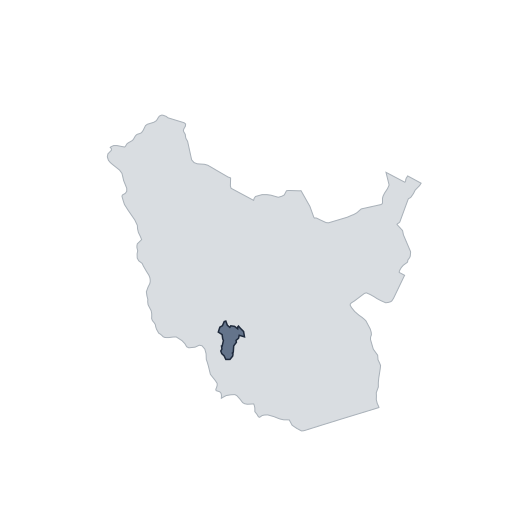 location of Mundri West, Western Equatoria, South Sudan, rotated 28°
{"feature_id": "79223893B75409904988016", "entity_name": "Mundri West", "entity_type": "district", "adm_level": 2, "iso_a3": "SSD", "parent_name": "South Sudan", "parent_adm1": "Western Equatoria", "projection": "albers", "projection_center": [30.244, 5.152], "detail": "fine", "context": "in_parent", "style": "filled", "palette": "slate", "viewbox_px": 512, "rotation_deg": 28, "n_neighbors": 0, "source": "geoboundaries", "source_scale": "gbopen_adm2", "svg_char_len": 4237}
<svg xmlns="http://www.w3.org/2000/svg" viewBox="0 0 512 512"><g transform="rotate(28 256 256)"><path d="M394.1,373.8L380.9,387.2L380.0,388.0L378.3,389.1L373.0,389.1L367.4,388.5L362.3,385.1L357.2,387.7L353.9,388.6L351.9,388.9L347.3,389.4L340.9,390.8L337.9,392.6L336.3,394.0L335.0,396.6L334.4,396.9L333.2,396.6L331.5,395.5L328.1,394.0L326.3,390.7L324.7,388.8L323.4,387.7L317.9,391.0L315.2,391.8L313.0,391.7L309.1,389.9L304.7,388.3L302.4,388.3L299.0,390.3L295.2,393.2L293.2,396.2L292.2,397.9L290.9,395.2L289.6,393.6L287.7,392.9L284.0,393.6L283.1,392.6L282.9,390.4L282.4,388.3L281.5,386.7L278.6,385.1L271.3,381.9L265.7,375.6L262.8,372.6L260.7,370.7L257.8,365.7L254.5,362.2L250.4,360.6L247.8,361.4L245.0,365.1L239.8,368.6L237.4,368.7L234.4,366.8L230.5,365.5L223.6,364.9L220.8,366.5L217.1,369.1L213.9,370.7L212.0,370.9L210.1,370.3L208.1,369.9L206.3,369.8L202.6,367.4L200.7,365.6L199.4,363.9L197.4,362.7L194.9,361.7L193.2,360.2L192.3,358.3L191.0,355.9L189.2,353.6L183.6,349.7L181.9,347.3L180.8,345.0L178.5,342.5L176.0,339.1L175.3,334.2L175.2,330.3L174.7,328.4L173.7,326.6L172.5,325.0L170.5,323.3L166.0,320.7L161.2,317.7L159.0,316.0L154.7,315.3L152.1,313.6L150.0,309.9L149.1,306.9L147.0,304.6L146.1,303.0L145.5,301.0L147.3,295.2L144.8,293.1L141.1,290.4L138.5,287.4L136.9,284.7L132.1,281.1L121.7,275.7L115.7,272.3L112.5,269.2L109.6,266.2L109.4,264.9L111.2,262.0L111.5,259.5L110.0,256.8L103.8,251.6L98.9,246.0L95.2,244.2L86.1,242.5L83.5,241.9L80.8,240.8L78.2,238.3L77.3,235.3L78.7,230.5L77.8,229.0L76.3,228.6L76.7,227.6L78.5,225.3L81.3,223.8L88.8,221.5L89.2,220.6L89.4,217.6L90.0,216.2L92.6,212.1L93.0,210.4L93.1,206.9L93.5,205.2L94.2,204.1L96.3,202.0L97.0,200.8L97.4,198.1L97.2,192.8L98.2,190.7L103.0,185.9L104.3,183.7L104.7,181.8L104.7,179.8L105.0,177.9L106.4,176.0L107.6,175.4L111.1,174.9L113.4,175.3L129.9,172.1L131.9,172.5L132.7,174.5L132.6,177.6L132.9,179.2L133.8,180.2L136.4,181.8L138.2,184.3L139.1,185.2L141.8,186.9L154.0,201.3L157.4,202.6L160.8,202.2L167.5,199.2L170.8,198.5L194.2,199.4L196.8,199.0L197.0,199.1L200.5,206.2L202.2,207.9L227.8,208.0L227.3,206.0L227.6,203.7L232.2,199.3L232.8,198.8L236.8,196.7L240.6,195.3L248.1,193.7L250.8,191.1L252.3,188.8L252.3,184.1L253.3,183.3L255.1,182.3L263.7,178.1L265.1,177.2L280.3,186.9L288.8,194.6L289.3,194.9L289.8,195.1L290.2,194.8L290.6,194.5L291.6,194.1L295.3,194.0L302.2,193.6L304.4,192.7L318.3,179.0L321.8,174.6L322.7,173.7L324.7,170.6L326.7,165.3L327.2,164.7L342.3,151.8L342.8,150.8L342.9,150.0L340.6,145.7L340.1,143.5L340.0,140.1L340.5,134.9L340.3,131.6L340.1,130.7L331.5,121.1L352.8,121.0L352.9,119.8L352.8,119.4L352.4,118.3L352.1,116.8L352.2,116.0L352.3,115.2L352.3,114.8L352.2,114.4L352.2,114.2L352.3,114.1L367.6,114.2L367.4,116.9L365.6,123.1L365.7,126.9L365.2,131.2L364.7,132.4L363.9,133.5L363.7,134.0L363.7,134.5L367.0,158.4L366.7,159.4L365.9,160.9L365.7,161.4L365.6,161.8L366.0,162.1L373.1,164.6L373.4,164.8L373.7,165.0L376.2,168.1L390.2,179.4L390.7,180.0L392.2,183.6L392.3,184.1L392.4,185.0L392.4,185.6L392.0,187.8L392.1,188.7L392.4,189.4L392.6,190.1L392.6,190.3L392.4,190.9L390.4,195.0L389.7,198.0L389.6,200.5L389.7,201.9L389.9,202.8L390.1,203.2L390.3,203.3L396.3,203.3L396.3,204.6L397.2,226.4L397.3,228.8L397.0,231.9L396.4,233.1L394.7,234.8L392.5,236.4L387.1,236.8L382.6,236.8L379.4,236.5L375.0,236.4L370.8,236.7L369.3,238.1L363.9,249.7L362.2,252.6L361.8,254.2L362.3,255.3L364.5,256.7L369.2,258.7L374.5,259.9L378.5,260.4L381.3,261.0L383.4,261.6L391.1,266.8L393.5,269.2L394.9,271.4L395.2,273.7L396.3,276.0L403.3,283.2L410.0,286.5L412.5,290.4L415.0,292.2L417.4,294.2L418.6,297.2L421.6,305.9L423.5,310.5L425.5,314.2L426.4,320.3L428.0,323.0L429.6,326.3L432.3,329.3L435.2,331.5L435.7,332.1L407.1,360.7L394.1,373.8Z" fill="#d9dde1" stroke="#a8b0b8" stroke-width="1"/><path d="M281.6,359.5L282.4,355.3L281.6,353.1L280.7,352.8L281.1,351.6L278.5,345.8L279.2,341.4L278.0,339.9L279.2,336.8L278.4,333.9L283.8,332.8L280.5,328.5L276.0,327.1L273.4,326.1L273.2,327.1L274.0,328.9L270.1,328.2L266.5,329.5L266.4,331.3L263.2,330.6L259.9,327.6L258.7,328.8L259.1,333.3L257.5,335.8L258.4,340.9L263.0,341.3L265.5,344.8L266.9,345.9L268.4,351.4L267.8,351.7L269.6,354.2L269.5,356.4L271.6,358.3L274.7,359.1L277.9,361.5L280.2,360.3L281.6,359.5Z" fill="#64748b" stroke="#1e293b" stroke-width="1.5"/></g></svg>